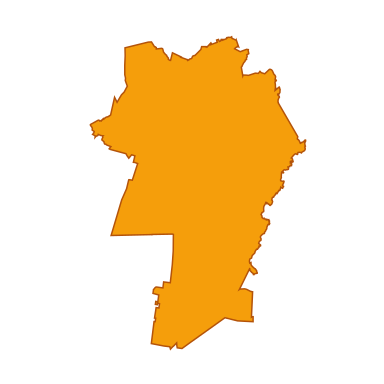 Ocampo, Guanajuato, Mexico, rotated 186°
{"feature_id": "50627088B33469083637440", "entity_name": "Ocampo", "entity_type": "district", "adm_level": 2, "iso_a3": "MEX", "parent_name": "Mexico", "parent_adm1": "Guanajuato", "projection": "robinson", "projection_center": [-101.493, 21.604], "detail": "fine", "context": "isolated", "style": "filled", "palette": "amber", "viewbox_px": 384, "rotation_deg": 186, "n_neighbors": 0, "source": "geoboundaries", "source_scale": "gbopen_adm2", "svg_char_len": 6016}
<svg xmlns="http://www.w3.org/2000/svg" viewBox="0 0 384 384"><g transform="rotate(186 192 192)"><path d="M216.6,37.0L203.9,35.9L197.9,35.8L197.0,33.5L195.2,35.9L194.1,37.0L191.5,40.3L191.1,38.0L190.4,35.5L185.6,35.3L178.5,41.7L146.1,70.4L133.2,68.6L117.7,69.4L118.2,74.4L119.1,74.3L119.8,73.7L121.3,99.1L122.3,99.1L122.7,99.3L123.3,99.3L127.5,100.9L129.5,101.2L132.8,100.7L134.2,100.4L134.7,100.0L126.7,121.7L126.3,121.4L126.6,120.6L126.5,120.2L124.9,119.0L124.4,118.4L122.6,117.3L122.3,116.3L121.7,116.3L121.4,117.0L120.7,117.4L118.7,118.0L118.7,118.6L119.4,119.7L119.4,120.3L121.0,122.2L121.6,122.3L124.0,124.1L125.1,125.1L125.7,126.0L126.0,128.0L127.1,127.3L127.6,128.7L127.6,129.6L127.7,130.1L127.5,131.4L125.9,132.5L125.5,135.1L123.9,137.0L123.1,138.1L123.1,139.3L122.4,140.8L121.7,141.9L120.9,141.9L120.4,143.0L119.6,143.9L119.7,145.0L119.6,145.3L118.7,145.3L118.2,145.6L118.2,146.2L118.3,146.5L120.3,147.8L120.1,149.2L119.5,150.3L118.6,150.9L118.4,151.2L118.4,152.6L119.3,154.2L119.2,155.1L118.2,156.5L117.1,157.6L116.5,158.1L115.7,158.3L115.6,158.7L115.6,159.6L114.8,160.8L114.4,162.3L114.0,162.7L113.8,163.9L113.9,164.8L113.2,167.1L113.0,167.6L112.5,168.0L112.0,167.6L111.8,167.8L111.4,168.8L111.6,169.3L112.0,169.5L112.2,170.5L111.6,171.7L112.0,171.3L112.2,171.6L112.4,171.5L112.4,171.2L113.2,171.9L113.0,172.5L113.8,172.4L114.4,172.6L115.1,172.0L115.4,172.1L115.6,172.8L117.4,172.8L117.6,173.0L117.6,173.4L118.5,173.1L119.7,174.0L119.8,174.3L119.8,174.8L119.9,175.4L121.0,176.9L120.4,178.0L120.4,178.6L120.2,178.9L118.7,180.0L118.7,181.2L119.0,182.4L119.1,185.0L117.8,188.0L117.5,189.4L116.5,189.3L116.1,188.9L116.3,188.4L116.3,188.2L115.1,188.4L114.7,187.9L114.2,187.9L113.4,187.0L112.9,186.8L111.9,187.8L111.4,188.4L110.8,190.8L111.4,192.2L111.9,192.4L111.6,194.6L111.3,195.1L110.3,195.4L110.2,196.1L109.2,197.4L108.4,199.5L107.9,199.8L107.9,199.3L107.7,199.1L107.3,199.2L105.8,202.6L105.6,202.8L105.0,202.6L104.7,203.0L104.2,206.1L102.9,205.3L102.3,205.2L102.2,206.0L101.5,206.8L101.6,207.3L102.2,207.5L102.7,208.1L101.8,210.7L101.6,212.2L101.9,212.5L102.7,212.1L103.6,212.3L103.8,212.2L105.0,212.5L105.2,213.8L104.6,215.6L104.8,216.1L105.0,220.2L104.8,220.6L104.4,220.8L103.7,220.5L103.0,220.6L102.9,220.8L103.3,221.3L104.6,221.5L102.6,223.8L101.3,223.6L100.3,224.1L99.1,224.3L98.5,224.7L98.4,225.3L99.2,226.9L97.5,227.4L97.3,228.5L96.8,228.9L96.1,228.5L95.8,228.6L95.7,229.8L95.9,230.6L96.2,231.0L96.6,231.1L97.2,231.0L97.4,232.7L97.1,232.9L95.4,232.2L94.9,232.3L94.7,232.6L94.6,233.1L94.8,233.5L95.6,233.8L95.3,234.4L95.4,235.1L96.1,236.0L96.8,236.2L95.2,238.6L94.3,239.8L93.2,240.8L92.2,240.7L91.4,240.3L91.0,240.4L90.8,241.0L91.0,241.5L90.7,242.4L88.7,242.8L87.2,242.3L86.9,243.1L84.4,244.9L83.9,246.3L84.0,247.3L84.4,247.9L84.3,248.4L84.4,249.1L84.0,249.4L84.1,249.7L84.4,249.9L85.1,253.0L84.6,253.5L84.3,254.7L84.5,255.5L85.0,255.5L86.5,253.5L87.2,253.2L87.7,252.7L88.4,252.7L89.0,251.8L89.3,251.7L90.6,254.0L91.6,255.1L92.6,255.5L92.8,255.9L92.6,258.1L115.6,289.7L115.5,290.0L115.9,290.7L116.0,292.7L115.4,294.8L115.0,295.4L115.2,296.1L115.9,296.7L115.9,297.5L116.9,297.5L117.0,298.3L115.7,298.9L115.0,300.0L115.1,303.2L115.5,303.8L115.6,304.5L116.3,305.5L120.0,301.7L120.0,303.3L119.6,304.2L119.9,304.4L120.3,307.5L121.0,310.0L120.3,310.8L119.8,311.9L119.9,312.1L120.5,312.2L120.8,311.9L121.1,312.1L120.9,315.4L121.1,315.9L121.9,317.0L122.2,317.1L123.1,318.0L123.5,318.9L123.8,319.2L124.5,320.6L125.2,321.4L125.9,321.9L126.9,322.2L127.8,322.1L132.0,317.2L135.6,317.9L137.0,319.1L138.4,316.9L141.5,316.8L148.0,313.9L150.1,313.9L153.1,313.7L153.5,313.2L153.6,312.8L156.0,321.3L155.3,322.4L155.1,323.4L154.0,326.1L153.0,327.4L152.7,328.9L151.6,329.5L151.9,331.0L151.3,332.3L151.8,334.2L150.0,335.5L151.0,338.9L150.9,339.5L152.6,339.6L158.7,336.6L164.6,338.9L163.8,340.0L162.8,340.8L162.3,340.9L162.0,341.6L160.8,341.2L163.9,347.9L164.0,347.5L166.6,348.5L168.2,348.9L168.8,350.5L169.6,349.9L170.6,349.7L171.6,349.7L172.6,349.5L172.9,349.0L173.6,349.1L173.8,348.6L173.9,348.0L178.4,345.7L177.5,346.9L178.9,346.8L179.4,345.2L180.5,344.6L181.6,346.5L183.4,345.7L182.6,343.5L188.3,340.7L188.0,341.3L188.8,342.3L192.3,337.6L192.8,338.0L193.2,337.7L193.5,338.0L197.6,337.6L198.1,334.6L203.4,328.0L204.0,328.0L205.6,327.1L206.2,325.0L206.8,324.5L207.8,324.2L208.4,323.8L208.5,323.4L210.0,322.3L210.2,322.5L210.2,323.2L210.7,323.2L217.2,324.8L216.9,325.2L226.0,328.4L227.1,320.6L227.9,320.6L229.5,321.6L229.4,322.6L231.2,324.4L231.5,325.3L232.7,326.0L234.9,328.1L235.9,330.8L236.3,331.5L237.4,331.7L242.5,330.5L242.6,331.9L243.8,332.6L244.4,332.5L248.0,337.0L251.2,336.5L273.7,328.4L272.7,320.4L272.1,310.9L271.1,301.6L270.0,298.3L270.0,295.9L267.4,290.5L269.9,284.3L272.3,281.3L275.9,273.4L278.9,278.1L281.0,260.0L281.7,259.4L282.2,259.3L282.7,258.4L283.6,258.1L283.8,257.9L284.9,257.6L285.3,257.4L286.4,256.3L287.3,256.1L288.0,255.7L288.1,255.4L287.7,255.0L288.3,254.9L288.9,254.5L289.0,254.0L289.4,253.9L289.6,253.7L289.7,253.2L290.2,253.4L290.6,253.1L291.2,252.9L291.8,253.6L292.3,253.7L292.8,253.6L299.8,248.7L300.1,248.4L300.1,248.0L299.7,247.4L298.2,245.8L297.9,245.1L297.7,244.4L297.8,243.2L295.6,242.0L295.8,240.5L296.2,240.2L296.6,239.1L296.8,238.9L294.1,237.7L294.1,236.2L293.5,237.1L292.7,237.8L291.8,238.1L291.5,238.4L291.3,239.5L288.4,238.6L286.5,238.6L286.7,238.4L286.4,237.0L286.9,235.9L287.1,234.4L284.7,232.7L284.6,231.9L283.9,230.6L282.6,230.5L282.5,230.3L281.4,229.7L277.4,228.7L278.9,226.3L277.8,225.8L261.7,223.2L260.3,221.2L258.4,219.0L255.9,222.7L252.6,222.0L253.4,215.4L252.0,215.4L249.0,214.6L252.6,197.5L255.9,197.7L256.2,197.5L257.4,188.4L261.1,176.8L267.9,140.3L227.9,145.4L227.5,145.3L227.4,145.6L210.4,147.7L207.1,148.1L206.1,147.9L204.5,131.3L204.0,117.7L204.1,99.5L210.8,99.6L210.9,93.6L217.4,93.8L218.1,93.6L218.8,92.9L219.5,91.7L220.1,91.1L220.2,87.1L214.3,86.1L214.5,79.2L216.6,79.4L216.7,76.4L214.7,76.3L214.6,77.8L212.6,77.5L212.8,73.2L215.6,73.3L216.1,62.7L214.9,62.7L215.1,59.2L216.2,59.2L216.6,37.0Z" fill="#f59e0b" stroke="#b45309" stroke-width="1.5"/></g></svg>